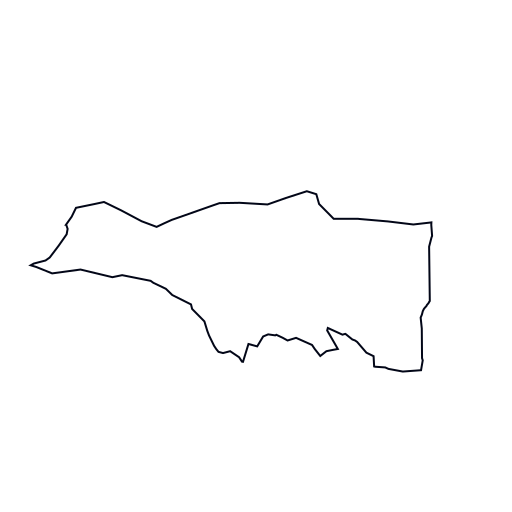 Saki West, Oyo, Nigeria, rotated 26°
{"feature_id": "59680162B14133510851755", "entity_name": "Saki West", "entity_type": "district", "adm_level": 2, "iso_a3": "NGA", "parent_name": "Nigeria", "parent_adm1": "Oyo", "projection": "mercator", "projection_center": [3.175, 8.647], "detail": "fine", "context": "isolated", "style": "outline", "palette": "ink", "viewbox_px": 512, "rotation_deg": 26, "n_neighbors": 0, "source": "geoboundaries", "source_scale": "gbopen_adm2", "svg_char_len": 1503}
<svg xmlns="http://www.w3.org/2000/svg" viewBox="0 0 512 512"><g transform="rotate(26 256 256)"><path d="M73.1,291.6L73.1,301.5L71.5,311.3L71.8,311.2L74.8,314.2L76.3,319.5L74.1,333.4L71.3,347.6L71.2,347.9L68.8,352.3L59.6,360.2L57.6,363.1L63.3,362.2L80.4,361.0L104.2,345.1L136.2,338.0L144.1,331.9L172.2,324.5L175.5,325.1L189.4,325.0L197.9,327.8L218.8,328.0L221.8,331.6L238.3,337.4L245.0,344.6L248.6,348.0L257.7,355.1L261.1,357.1L264.3,358.6L268.9,357.7L274.5,352.9L285.2,354.4L289.7,357.1L290.7,356.8L287.8,338.4L296.7,336.7L297.7,325.2L301.3,321.1L308.1,318.9L308.8,317.9L315.8,317.8L321.4,318.1L327.9,312.0L345.4,311.4L349.5,313.8L357.6,317.7L361.0,310.7L366.1,306.8L370.3,303.7L366.8,301.3L352.6,291.7L352.1,289.2L364.0,288.9L368.2,288.8L370.3,286.9L370.5,286.8L379.2,288.8L382.0,288.5L384.6,288.9L397.6,294.5L405.6,294.5L410.6,303.5L411.6,303.3L421.0,299.5L424.5,299.4L438.6,295.5L454.4,286.3L451.6,276.7L450.0,275.0L436.8,248.5L431.0,239.2L430.8,235.9L430.1,232.5L430.1,230.1L430.4,228.6L431.1,226.3L431.1,225.1L431.6,223.2L431.8,222.0L431.7,221.5L431.9,220.8L431.9,220.2L407.5,171.7L405.6,162.4L405.5,160.8L399.9,151.2L398.9,148.9L397.4,149.9L383.6,158.7L359.4,167.1L332.7,177.4L331.5,177.8L309.5,188.5L289.9,181.6L283.1,174.0L273.3,175.5L257.4,190.8L243.8,204.6L218.1,215.3L200.0,224.5L195.5,229.0L167.2,257.7L164.5,260.4L159.2,266.8L153.9,273.4L138.0,274.9L137.9,274.9L114.6,274.1L100.3,274.1L95.9,274.1L95.7,274.1L87.4,280.6L73.1,291.6Z" fill="none" stroke="#020617" stroke-width="2"/></g></svg>